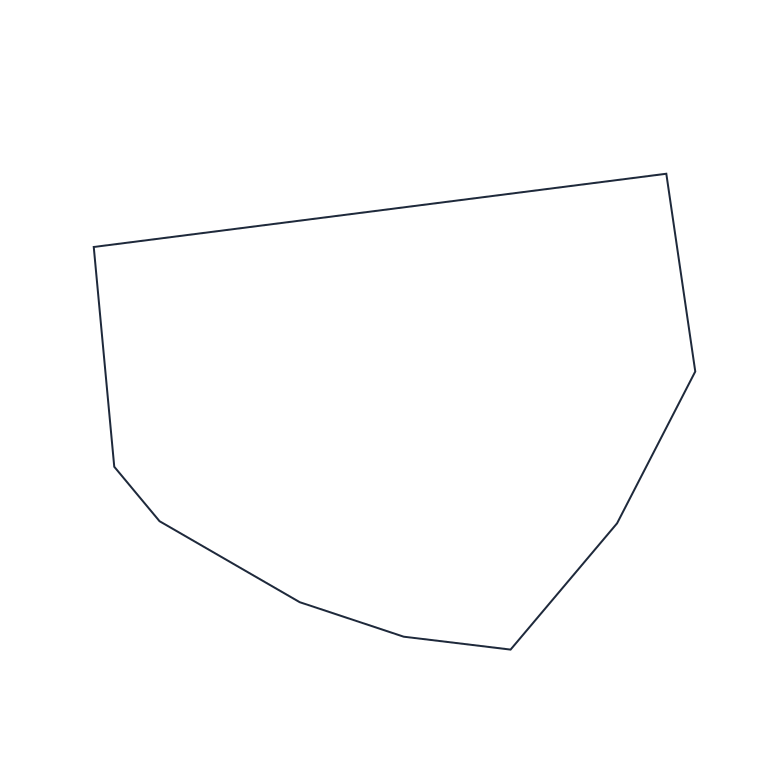 the Parish of Saint George Gingerland, rotated 98°
{"feature_id": "KNA-5102", "entity_name": "Saint George Gingerland", "entity_type": "Parish", "adm_level": 1, "iso_a3": "KNA", "parent_name": "Saint Kitts and Nevis", "parent_adm1": "", "projection": "orthographic", "projection_center": [-62.55, 17.125], "detail": "fine", "context": "isolated", "style": "outline", "palette": "slate", "viewbox_px": 768, "rotation_deg": 98, "n_neighbors": 0, "source": "natural_earth", "source_scale": "10m", "svg_char_len": 284}
<svg xmlns="http://www.w3.org/2000/svg" viewBox="0 0 768 768"><g transform="rotate(98 384 384)"><path d="M629.4,221.7L631.5,329.3L611.8,437.1L551.1,587.2L503.5,639.6L288.7,690.5L136.5,133.7L328.3,77.5L489.5,133.8L629.4,221.7Z" fill="none" stroke="#1e293b" stroke-width="2"/></g></svg>